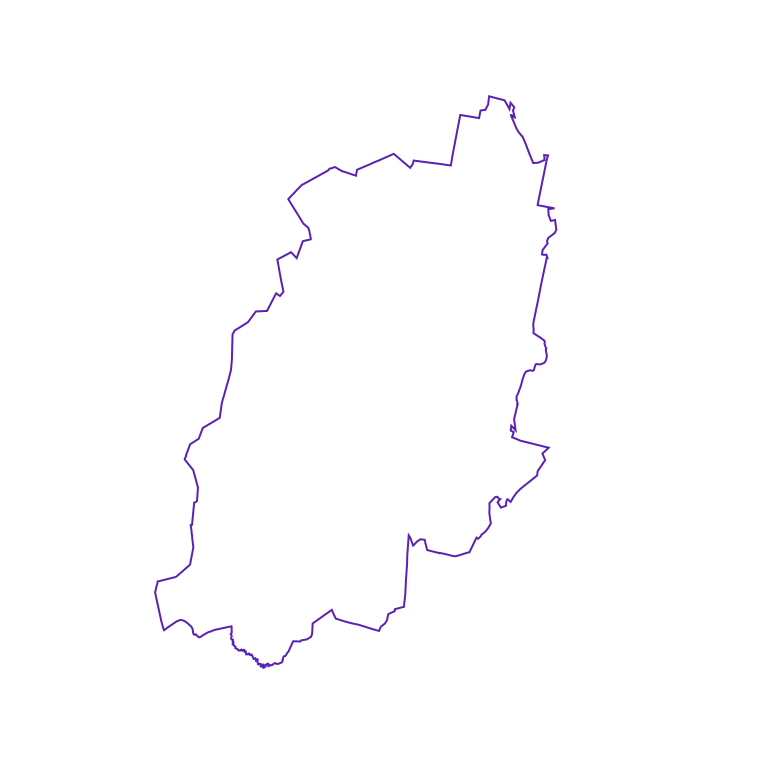 Dāviņu pag., Bauska, Latvia, rotated 104°
{"feature_id": "27541924B37051208002630", "entity_name": "Dāviņu pag.", "entity_type": "district", "adm_level": 2, "iso_a3": "LVA", "parent_name": "Latvia", "parent_adm1": "Bauska", "projection": "natural_earth1", "projection_center": [24.381, 56.504], "detail": "fine", "context": "isolated", "style": "outline", "palette": "violet", "viewbox_px": 768, "rotation_deg": 104, "n_neighbors": 0, "source": "geoboundaries", "source_scale": "gbopen_adm2", "svg_char_len": 6114}
<svg xmlns="http://www.w3.org/2000/svg" viewBox="0 0 768 768"><g transform="rotate(104 384 384)"><path d="M526.7,260.4L510.7,257.1L511.4,255.3L508.9,253.6L506.8,253.0L505.8,252.4L503.8,250.7L502.6,249.9L498.4,248.0L493.4,246.6L490.3,248.0L483.3,250.7L479.1,251.5L474.1,252.9L466.8,248.7L466.0,246.6L467.5,245.0L467.5,243.4L471.3,245.2L475.6,240.7L472.8,236.3L468.1,236.9L465.9,236.4L465.9,236.1L467.8,232.6L462.7,231.1L458.4,229.5L456.5,228.5L453.2,226.5L450.5,224.6L437.5,214.6L435.6,213.3L431.4,213.8L418.8,209.2L413.2,213.5L406.0,208.8L406.0,237.9L404.6,246.9L399.3,246.5L398.5,249.8L393.7,250.4L397.0,245.2L386.5,249.3L371.5,249.4L371.5,249.8L370.3,249.8L368.6,250.6L367.4,251.7L366.4,251.6L364.5,252.3L363.1,252.2L360.7,251.6L359.6,251.5L358.3,251.3L357.4,251.4L355.6,251.0L351.3,250.7L346.0,250.7L344.9,250.5L341.4,250.3L340.3,250.1L337.9,249.3L337.1,248.6L335.4,245.7L335.3,245.1L335.3,243.0L334.4,242.0L333.6,241.9L331.5,241.9L330.1,241.7L329.0,241.7L328.3,241.6L327.7,240.8L327.5,238.7L327.2,237.2L326.8,236.4L325.2,234.3L324.8,233.8L324.3,233.4L323.1,232.9L321.1,232.6L318.8,232.6L316.7,233.0L312.1,235.1L311.3,235.3L310.2,235.1L310.1,235.5L306.3,237.9L303.7,238.4L303.1,238.9L301.4,243.0L298.5,251.3L294.7,252.0L291.1,253.4L288.8,253.8L273.9,254.5L267.4,254.7L248.2,255.7L222.3,256.6L222.2,255.9L219.2,257.7L220.1,260.2L220.0,262.1L215.7,262.5L208.1,259.3L205.9,260.4L202.6,260.0L196.0,254.8L192.6,254.1L183.5,257.7L185.4,261.6L180.1,265.2L174.6,266.9L172.3,261.1L173.3,278.0L173.1,278.3L125.3,280.4L122.5,280.1L123.2,284.0L124.9,283.3L127.9,282.5L132.1,288.1L133.5,292.8L132.1,293.7L125.3,298.7L117.2,304.3L110.4,309.4L110.6,309.6L107.1,314.2L104.0,317.3L92.5,325.9L92.3,325.9L92.3,324.7L93.6,322.3L93.8,321.8L93.8,321.5L87.4,325.0L84.0,324.5L80.5,329.3L86.8,328.8L79.6,335.6L79.4,351.6L87.8,350.6L93.6,352.1L93.9,353.1L95.3,356.5L103.0,356.1L104.5,375.1L144.3,372.9L155.8,372.0L157.3,386.2L157.6,388.3L158.9,399.5L160.0,409.2L163.8,409.3L167.9,410.9L158.3,430.2L168.2,442.9L173.1,449.6L173.4,449.7L182.5,461.8L182.7,462.0L183.0,462.0L188.7,461.6L187.6,475.4L187.7,476.4L187.5,476.5L185.4,483.9L185.4,484.2L187.8,487.8L188.1,488.8L190.4,490.0L210.3,511.3L210.3,511.6L218.2,516.3L219.1,516.7L227.7,521.6L228.6,520.8L242.5,506.5L247.8,501.2L250.8,495.2L253.2,493.7L258.9,491.0L261.2,490.0L261.4,490.1L264.2,495.7L265.1,497.3L283.0,499.2L278.6,506.1L278.6,506.3L279.4,506.9L289.0,517.6L308.4,508.9L317.2,504.6L318.9,503.9L323.8,506.2L322.1,510.6L341.4,515.2L343.1,520.8L344.6,525.9L345.2,526.1L356.8,530.9L357.4,531.4L367.5,541.1L368.3,541.8L368.7,542.0L371.9,542.7L372.3,543.0L397.1,537.5L407.2,535.9L415.5,535.9L434.7,536.5L437.5,536.7L442.2,536.7L444.4,536.5L456.6,535.2L470.5,549.2L481.8,550.5L485.4,553.7L489.3,557.5L500.9,558.9L501.3,558.7L502.2,558.7L504.5,559.2L505.2,559.2L505.7,558.8L513.7,548.3L529.4,539.5L542.5,537.2L543.1,537.3L543.3,537.4L545.4,539.6L545.7,539.4L567.0,536.2L567.4,537.3L567.5,537.5L572.1,535.6L577.1,533.9L577.2,533.6L579.7,532.9L588.0,529.7L588.5,529.5L606.0,528.5L606.5,528.7L620.6,538.5L621.6,539.4L630.1,555.2L630.2,555.8L633.1,555.7L634.0,555.8L641.6,555.7L667.6,542.9L673.9,539.4L676.1,537.8L671.8,534.3L664.3,527.6L662.0,524.2L662.1,520.9L662.7,518.9L663.4,517.2L665.6,513.0L666.5,511.8L667.5,510.9L668.7,510.1L671.2,509.2L672.2,508.6L672.9,508.1L673.2,507.5L673.1,507.1L672.6,506.7L672.4,506.1L673.5,504.5L674.5,502.3L674.3,501.6L673.9,501.0L671.6,498.9L667.6,494.8L666.7,493.4L666.2,492.7L665.9,491.9L665.1,491.1L663.2,488.2L662.7,487.0L656.0,473.4L656.7,473.1L662.1,471.6L663.8,472.2L664.1,471.7L665.0,471.0L666.1,470.7L667.2,470.9L667.9,470.8L668.4,470.5L668.6,469.8L668.9,469.5L668.7,468.7L669.2,468.5L669.8,468.5L670.3,468.7L670.7,468.6L670.9,468.4L671.0,468.2L670.8,467.7L671.4,467.4L672.1,467.3L672.2,467.8L673.0,468.0L673.2,467.9L673.4,467.7L673.5,467.0L674.2,466.1L674.3,465.4L674.6,464.8L675.0,464.5L675.7,464.5L676.3,464.3L676.5,463.9L676.4,462.9L676.5,462.2L676.9,461.9L677.6,461.1L677.3,460.5L677.7,460.0L677.3,458.9L676.6,458.6L676.1,458.0L676.2,457.8L676.6,457.8L676.7,457.6L677.1,456.8L676.9,456.6L676.0,456.1L675.8,455.3L676.2,454.8L677.1,454.8L677.5,454.6L677.6,454.0L677.0,453.7L676.9,453.5L677.0,453.4L678.3,453.0L679.2,452.5L679.7,452.3L679.6,451.6L679.0,451.0L678.4,450.2L678.1,449.9L678.1,449.7L678.3,449.4L678.9,449.3L679.1,449.2L679.0,448.8L679.4,448.2L678.7,447.5L678.5,447.2L678.6,446.9L679.2,446.5L679.4,446.1L680.3,445.4L680.7,445.3L681.1,444.8L682.2,444.1L682.3,443.9L682.1,443.4L681.6,443.1L681.2,442.4L681.5,442.0L682.6,441.5L683.5,441.2L683.3,440.9L682.6,440.8L681.8,440.2L681.9,439.9L682.9,439.9L683.3,439.8L684.1,439.7L685.6,438.7L686.3,438.6L686.4,438.4L686.4,438.0L685.8,437.8L685.7,437.5L685.5,436.9L685.6,435.5L685.8,435.4L686.8,435.6L687.8,435.4L687.9,435.2L687.6,434.6L687.6,434.2L687.1,433.7L686.2,433.4L685.4,433.3L685.3,433.1L685.4,432.8L685.8,432.7L688.2,433.0L688.5,432.7L688.6,432.4L688.4,432.0L687.5,431.4L687.2,430.8L686.8,430.5L685.6,430.5L685.2,430.8L684.9,430.7L684.4,429.8L683.6,429.5L683.5,429.3L683.6,429.0L683.5,428.6L684.2,428.1L685.4,428.2L685.7,427.9L685.4,427.6L684.9,426.5L684.3,426.3L684.1,426.1L684.1,425.2L683.8,424.6L683.2,424.0L682.7,423.8L682.5,423.5L682.3,423.4L681.1,422.2L681.5,420.3L681.5,419.7L680.7,418.2L680.4,418.0L679.9,417.1L678.9,415.9L677.7,415.4L676.8,415.5L676.4,415.7L676.0,415.5L675.5,415.8L674.8,415.6L673.2,415.6L672.8,415.5L672.3,415.1L671.8,414.0L670.5,413.4L669.2,413.1L668.1,412.8L666.9,412.0L655.6,409.9L654.1,402.9L652.8,402.4L650.4,396.9L647.0,393.7L644.4,393.3L642.7,393.5L633.6,395.3L615.8,380.0L620.0,376.8L623.3,374.0L623.8,366.1L624.0,358.1L623.7,350.3L624.6,335.7L624.8,329.1L620.5,328.4L620.2,328.3L616.2,325.2L612.4,323.9L609.8,324.1L606.3,324.2L601.8,318.7L599.9,319.0L595.3,310.7L590.1,311.6L589.8,311.5L582.8,312.5L568.2,315.4L552.9,318.1L544.4,320.0L524.9,323.4L526.7,321.4L533.7,316.7L533.1,316.2L528.8,313.8L525.9,311.1L525.3,306.8L528.9,305.1L529.8,304.5L534.6,302.0L534.7,301.7L534.7,289.1L534.4,289.0L534.2,284.1L534.2,275.0L534.1,274.2L533.7,272.8L532.9,271.2L527.0,261.4L526.7,260.6L526.7,260.4Z" fill="none" stroke="#5b21b6" stroke-width="2"/></g></svg>